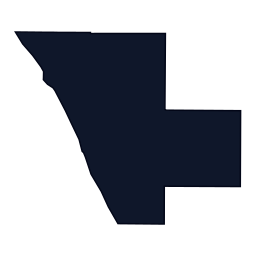 outline of Sarasota, Florida, United States of America
{"feature_id": "52423323B35059140048006", "entity_name": "Sarasota", "entity_type": "district", "adm_level": 2, "iso_a3": "USA", "parent_name": "United States of America", "parent_adm1": "Florida", "projection": "mercator", "projection_center": [-82.437, 27.168], "detail": "fine", "context": "isolated", "style": "filled", "palette": "ink", "viewbox_px": 256, "rotation_deg": 0, "n_neighbors": 0, "source": "geoboundaries", "source_scale": "gbopen_adm2", "svg_char_len": 573}
<svg xmlns="http://www.w3.org/2000/svg" viewBox="0 0 256 256"><path d="M240.6,110.7L166.4,110.2L164.9,109.5L165.4,33.5L94.7,33.5L91.5,33.6L91.0,33.6L90.6,33.6L90.5,32.5L89.8,32.5L61.7,32.4L58.1,32.4L53.5,32.3L53.2,32.3L47.4,32.3L15.4,32.0L22.7,43.9L32.7,55.4L41.0,66.8L43.6,71.5L43.5,77.2L43.4,79.7L47.6,84.3L52.9,87.7L55.0,90.6L65.4,110.6L65.5,110.8L71.1,122.7L79.1,139.4L82.2,151.4L83.6,152.6L85.5,157.3L91.1,174.2L101.3,191.4L108.4,206.9L118.0,223.6L164.2,224.0L164.3,186.2L233.9,186.5L240.3,186.5L240.6,110.7Z" fill="#0f172a" stroke="#020617" stroke-width="1.5"/></svg>